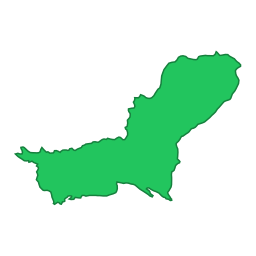 the district of Limbang, Sarawak, Malaysia, rotated 270°
{"feature_id": "92858781B30612990862702", "entity_name": "Limbang", "entity_type": "district", "adm_level": 2, "iso_a3": "MYS", "parent_name": "Malaysia", "parent_adm1": "Sarawak", "projection": "orthographic", "projection_center": [115.07, 4.369], "detail": "fine", "context": "isolated", "style": "filled", "palette": "green", "viewbox_px": 256, "rotation_deg": 270, "n_neighbors": 0, "source": "geoboundaries", "source_scale": "gbopen_adm2", "svg_char_len": 3906}
<svg xmlns="http://www.w3.org/2000/svg" viewBox="0 0 256 256"><g transform="rotate(270 128 128)"><path d="M204.3,216.2L201.6,215.1L200.2,213.3L200.3,209.4L200.3,207.6L200.6,205.4L199.9,200.2L199.3,198.7L196.7,197.2L196.3,195.9L196.5,193.4L197.7,187.8L199.5,185.8L200.2,183.0L199.9,180.7L198.7,178.5L196.0,176.9L194.1,175.0L193.7,171.9L192.8,168.9L190.2,166.8L186.4,164.0L183.2,162.8L180.0,161.7L175.8,161.3L172.0,161.0L168.1,159.8L166.7,157.9L162.8,155.3L160.3,153.9L158.2,151.7L157.6,149.8L157.7,147.9L158.4,145.8L159.7,144.4L160.5,142.8L161.3,140.6L159.3,139.6L158.2,138.4L158.3,134.7L157.3,134.9L155.3,134.4L153.9,133.4L151.5,134.5L149.5,134.9L147.9,133.9L147.8,131.8L147.1,128.5L145.7,128.4L144.3,128.9L142.4,130.2L141.0,130.2L139.0,130.0L137.7,129.1L135.8,127.4L132.8,127.7L129.5,127.1L128.6,125.2L127.0,125.6L126.3,126.7L124.9,127.2L123.4,127.6L120.9,127.6L118.0,125.9L116.4,124.7L116.3,122.9L118.5,120.5L118.9,118.9L117.9,116.8L116.4,114.8L116.5,112.6L117.0,109.9L117.7,107.6L116.6,106.4L117.0,104.0L116.5,102.3L115.7,101.1L113.8,98.5L113.8,97.2L114.2,95.3L114.2,94.0L113.9,92.8L112.6,91.5L112.6,90.8L112.1,87.2L111.9,85.8L110.9,84.5L110.3,82.5L108.4,81.3L107.8,79.6L107.0,77.6L105.5,75.1L106.0,73.6L107.7,71.9L107.2,69.7L105.7,68.8L105.6,67.5L106.0,66.2L106.0,64.7L105.9,62.9L104.7,61.0L103.6,60.1L104.7,58.2L105.4,56.4L105.3,54.5L103.8,53.9L103.1,53.3L102.8,49.9L103.5,49.0L104.2,47.9L103.8,46.4L105.2,44.9L106.4,43.7L108.5,41.9L106.6,40.8L104.2,40.1L103.3,38.8L103.1,36.9L103.2,34.7L103.3,32.1L103.5,30.1L105.2,27.6L106.5,26.3L108.4,24.3L109.0,23.0L108.6,20.9L107.3,21.1L105.8,22.0L103.6,22.5L102.1,22.0L102.0,19.9L102.7,17.9L102.0,15.4L99.6,17.9L98.5,19.4L97.1,21.7L95.3,24.3L95.1,26.3L95.3,28.6L93.8,28.9L94.1,30.2L94.8,32.0L93.5,33.8L91.9,37.7L90.0,36.5L88.7,38.3L87.4,38.4L85.7,37.6L84.1,36.6L82.4,37.4L80.7,37.8L78.6,37.1L76.3,36.4L74.0,38.4L71.8,39.0L68.8,40.0L65.9,42.9L65.5,44.1L65.7,47.1L65.2,48.9L64.0,50.8L61.3,51.6L58.9,52.0L55.0,53.6L53.4,53.9L52.5,53.4L51.7,54.6L52.6,55.9L53.7,57.6L53.2,59.2L52.1,60.1L51.8,61.3L52.8,61.9L54.2,62.5L54.2,63.6L54.9,64.8L56.8,64.6L57.7,65.4L58.7,67.1L59.9,68.0L60.2,69.7L59.9,71.6L59.3,71.7L58.4,71.1L57.0,69.2L56.5,71.0L56.7,73.8L58.6,75.2L58.4,76.6L58.1,79.0L58.1,80.7L59.1,81.1L60.6,82.2L60.6,84.1L59.9,85.9L60.6,89.5L60.6,93.3L60.6,95.8L60.4,97.6L60.4,99.9L60.1,103.0L60.1,106.8L61.2,109.6L62.2,113.1L63.4,115.8L65.0,116.7L67.2,117.3L70.4,117.2L71.9,116.5L74.0,117.0L73.7,118.4L73.1,121.6L72.6,123.6L73.1,126.0L72.9,128.3L72.0,131.1L71.7,133.3L70.9,135.2L66.9,139.9L64.6,143.6L61.4,148.4L60.1,149.8L59.1,152.2L60.4,153.0L62.2,150.6L63.3,150.0L64.4,149.8L65.2,149.1L65.9,148.3L67.0,146.4L67.6,146.6L68.2,148.0L67.9,149.2L66.9,150.6L66.0,152.2L65.1,154.0L64.5,155.8L63.0,158.9L60.1,161.7L58.9,163.4L58.4,165.3L57.2,166.1L56.7,168.6L55.5,170.3L55.7,171.7L57.0,171.5L57.6,170.3L58.3,170.5L60.9,168.7L62.6,167.8L63.7,167.7L65.4,169.0L67.0,169.9L68.9,171.0L71.3,171.5L75.4,171.6L78.5,171.6L81.3,171.4L84.0,171.7L84.7,172.8L85.6,174.0L87.7,174.8L90.1,175.5L91.3,176.4L92.6,178.0L93.2,179.5L94.5,179.9L95.6,178.9L97.0,177.4L98.5,177.5L98.9,177.6L103.8,177.9L107.1,177.7L109.1,176.8L110.9,176.3L112.3,176.1L113.5,177.0L114.7,178.4L115.7,179.1L117.0,180.1L118.4,180.7L119.8,181.8L119.8,182.8L122.5,186.6L123.2,187.8L124.2,189.0L126.9,191.0L127.5,192.0L127.9,193.7L128.8,195.3L130.0,196.5L131.7,197.9L132.3,199.9L133.2,202.6L134.1,204.6L138.3,209.6L140.8,212.0L142.2,213.6L144.1,215.5L147.0,217.4L148.8,219.2L153.1,222.9L154.4,224.1L155.2,225.8L155.9,228.1L156.6,229.9L157.8,230.8L160.3,231.7L162.0,232.3L164.9,234.7L167.0,235.9L172.4,238.5L175.8,238.9L178.3,237.7L179.9,236.6L182.0,235.8L185.2,235.4L186.5,236.1L187.8,237.4L189.0,239.3L189.6,240.5L191.1,240.6L193.0,238.9L194.2,237.1L195.5,235.8L197.2,234.4L199.9,229.4L201.4,227.8L201.5,225.3L200.7,221.3L200.6,219.7L203.6,217.1L204.3,216.2Z" fill="#22c55e" stroke="#15803d" stroke-width="1.5"/></g></svg>